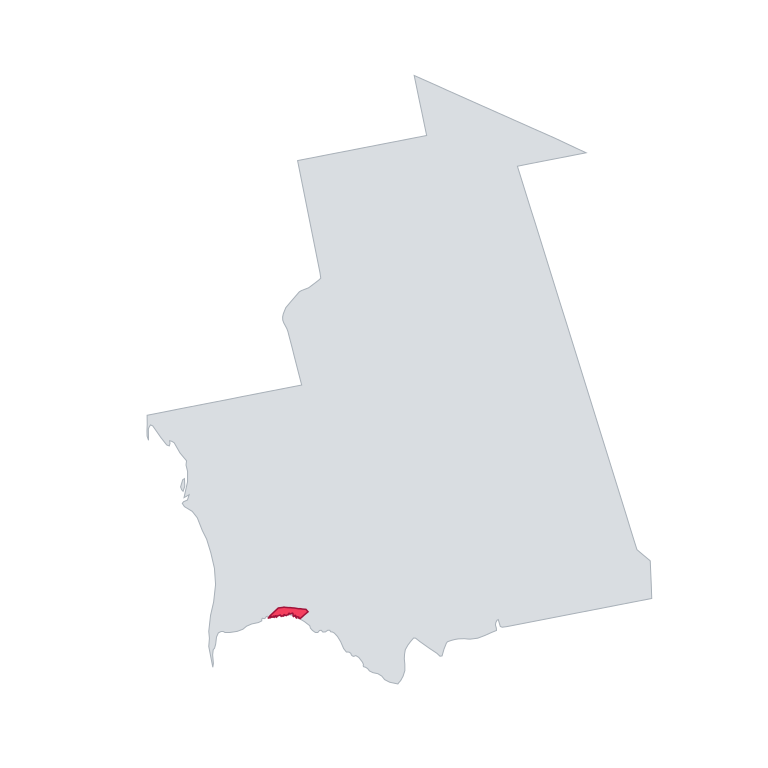 location of Boghe, Brakna, Mauritania, rotated 349°
{"feature_id": "47542326B52802302132146", "entity_name": "Boghe", "entity_type": "district", "adm_level": 2, "iso_a3": "MRT", "parent_name": "Mauritania", "parent_adm1": "Brakna", "projection": "natural_earth1", "projection_center": [-14.531, 16.65], "detail": "fine", "context": "in_parent", "style": "filled", "palette": "rose", "viewbox_px": 768, "rotation_deg": 349, "n_neighbors": 0, "source": "geoboundaries", "source_scale": "gbopen_adm2", "svg_char_len": 5463}
<svg xmlns="http://www.w3.org/2000/svg" viewBox="0 0 768 768"><g transform="rotate(349 384 384)"><path d="M333.3,678.1L332.5,677.7L328.2,674.3L326.1,670.3L322.7,667.2L318.0,665.2L315.0,662.9L313.6,660.2L311.8,658.5L310.0,657.6L309.8,656.7L310.3,655.4L309.8,653.0L307.1,647.6L304.5,645.2L302.3,645.6L301.1,644.9L300.3,643.8L300.0,642.0L298.5,640.5L295.9,639.9L293.9,636.0L292.3,628.7L290.2,623.0L287.7,619.0L285.9,617.5L284.6,617.2L284.2,616.6L283.8,615.4L281.8,615.0L279.1,616.2L276.6,615.8L275.4,613.8L273.7,613.6L271.6,615.3L269.2,614.8L266.7,612.2L265.2,609.6L265.0,607.1L260.5,602.0L251.9,594.3L242.5,590.8L232.3,591.2L226.6,590.9L225.3,589.7L224.1,589.8L222.8,591.2L221.5,591.5L220.1,590.7L219.2,591.3L218.8,593.2L215.2,594.2L208.4,594.3L202.9,595.5L198.7,597.8L192.8,598.8L185.1,598.5L180.5,597.6L178.9,596.2L176.7,595.9L173.9,596.7L171.3,600.4L169.1,607.3L167.2,611.1L165.7,612.1L164.1,617.2L163.2,625.7L161.9,629.4L161.9,608.2L164.1,600.3L164.8,593.3L169.6,578.0L175.2,565.4L180.4,548.7L182.4,532.5L181.8,516.6L180.3,502.5L177.7,493.2L175.2,479.7L171.5,472.5L164.7,466.3L163.2,462.7L164.8,461.3L168.9,460.4L171.6,455.5L166.0,457.4L172.5,442.5L174.5,432.4L174.2,425.8L175.5,421.7L170.6,412.8L166.8,401.6L164.8,399.8L162.7,398.8L162.6,401.5L161.4,403.8L159.1,402.4L154.9,394.3L149.0,381.0L147.0,379.6L145.2,381.5L144.1,383.2L142.1,394.3L141.5,389.9L142.4,384.7L143.9,378.3L145.5,369.5L150.7,369.5L159.8,369.5L178.1,369.4L187.2,369.4L205.5,369.4L214.7,369.4L232.9,369.4L242.1,369.3L260.4,369.3L269.5,369.3L287.8,369.3L297.0,369.3L303.0,369.3L302.6,363.0L302.3,358.0L301.9,351.3L301.5,344.6L301.1,337.9L300.8,331.6L300.4,325.3L300.0,319.5L299.7,314.2L299.2,311.1L297.3,305.0L296.8,302.0L297.3,298.8L298.6,295.8L302.2,290.3L307.5,286.0L313.7,281.1L318.4,277.4L320.9,276.5L328.3,275.2L334.1,272.4L339.7,269.6L342.1,268.1L342.4,262.9L341.8,148.2L369.7,148.2L377.1,148.2L428.5,148.2L435.9,148.2L473.3,148.2L473.2,142.7L473.1,135.0L473.0,124.3L472.8,113.6L472.6,94.8L472.5,86.9L479.9,92.1L494.9,102.6L502.3,107.9L517.3,118.4L532.3,128.9L547.3,139.4L554.8,144.6L562.3,149.9L569.8,155.1L577.3,160.4L592.4,170.9L598.7,175.3L608.4,182.4L617.4,189.0L626.5,195.6L612.7,195.6L594.2,195.6L581.5,195.6L568.6,195.6L556.5,195.7L557.7,206.5L559.0,218.3L560.3,230.1L561.6,241.9L563.0,253.6L566.9,289.0L568.2,300.8L569.5,312.6L570.8,324.4L572.1,336.2L574.8,359.8L576.1,371.6L577.4,383.3L578.7,395.1L580.0,406.9L581.3,418.7L583.9,442.2L585.2,454.0L586.5,465.8L587.8,477.6L589.1,489.3L590.4,501.1L591.7,512.9L593.0,524.7L595.6,548.2L596.9,560.0L598.1,571.7L599.4,583.5L600.7,594.9L605.5,600.9L611.6,608.4L610.0,619.0L608.1,631.7L605.9,645.6L589.2,645.6L572.8,645.6L531.7,645.6L523.5,645.6L482.4,645.6L474.2,645.6L458.3,645.6L453.6,645.3L451.9,644.2L451.2,637.0L449.8,637.5L448.2,639.6L447.4,641.9L447.7,644.9L447.4,647.4L442.2,648.4L435.0,650.1L427.5,651.4L419.9,650.9L417.4,650.3L414.6,649.4L408.6,648.4L405.3,648.3L401.5,648.5L397.1,649.1L395.7,650.4L392.3,655.7L389.1,662.0L387.0,661.9L384.6,658.5L378.1,652.1L370.1,643.7L366.5,639.5L364.6,639.0L360.8,642.0L357.6,644.9L354.2,648.9L352.7,652.9L351.5,657.5L351.0,662.9L349.8,669.3L347.0,674.4L343.8,678.3L341.4,680.1L340.4,681.1L333.3,678.1ZM168.9,446.4L166.3,451.0L165.2,449.2L164.7,446.2L167.0,441.8L168.1,439.6L170.1,438.8L168.9,446.4Z" fill="#d9dde1" stroke="#a8b0b8" stroke-width="1"/><path d="M237.5,583.7L234.6,585.5L227.8,589.8L227.6,590.1L227.2,590.4L227.1,590.8L226.8,590.8L226.5,591.1L226.4,591.4L225.9,591.6L226.1,591.8L226.3,591.8L226.7,591.6L226.9,591.3L227.1,591.2L227.3,591.5L227.6,591.8L227.8,591.8L228.2,591.4L228.3,590.6L228.5,590.5L228.8,590.5L229.0,590.8L229.2,591.3L229.4,591.6L229.8,591.5L230.1,591.5L230.4,591.6L230.8,591.7L230.9,591.1L231.1,590.8L231.3,590.8L231.5,591.0L231.8,591.5L232.0,591.7L232.2,592.0L232.5,591.6L232.7,591.1L233.0,590.8L233.3,590.8L233.7,591.2L233.8,591.5L233.7,591.8L233.7,592.0L233.9,592.2L234.1,592.4L234.3,592.1L234.4,591.8L234.7,591.7L234.7,591.3L234.8,591.2L235.0,591.4L235.5,591.5L235.7,591.4L236.0,591.3L236.3,591.2L236.5,591.2L236.8,591.2L237.1,591.2L237.5,591.1L237.8,591.0L238.1,591.0L238.3,591.6L238.6,592.2L238.8,592.0L239.5,592.2L239.5,592.3L239.6,592.5L239.8,592.4L240.1,592.3L240.7,592.3L240.9,592.2L241.2,592.3L241.3,592.4L241.3,592.5L241.6,592.4L241.7,592.1L241.8,591.5L241.9,591.3L242.0,591.3L242.3,591.5L242.5,591.8L242.7,592.0L242.9,592.1L243.3,592.3L243.8,592.7L244.0,592.7L244.3,592.5L244.5,592.4L244.8,592.2L245.2,592.2L245.4,592.2L245.7,592.3L245.9,592.3L246.0,592.2L246.3,591.5L246.5,591.3L246.9,591.0L247.1,590.9L247.2,591.0L247.3,591.3L247.4,591.7L247.5,591.8L247.9,591.9L248.1,591.8L248.6,591.7L248.8,591.7L249.0,591.8L249.6,591.7L250.1,591.4L250.4,591.5L250.7,591.7L250.8,592.0L250.7,592.6L250.7,592.9L250.8,593.2L250.7,593.6L250.6,594.0L250.5,594.4L250.8,595.0L251.3,594.8L251.5,594.8L251.7,594.7L252.1,594.4L252.4,594.1L252.8,594.2L252.9,594.4L253.1,594.5L253.1,594.8L253.0,595.1L252.9,595.2L252.8,595.4L252.9,596.1L253.1,596.3L253.2,596.5L253.3,596.9L253.5,597.0L253.5,596.6L253.8,596.0L254.0,595.9L254.7,596.0L255.0,596.1L255.4,596.4L255.6,596.5L255.9,596.7L255.8,597.1L255.7,597.3L255.9,597.7L256.0,597.9L256.3,597.9L256.5,598.0L256.8,598.2L257.0,598.3L257.4,598.0L259.7,596.7L261.1,595.8L264.9,593.7L266.0,593.1L264.4,590.3L261.1,589.4L259.0,588.6L257.3,588.3L254.4,587.2L253.0,586.7L251.0,586.2L249.6,585.7L247.2,585.2L245.9,584.8L244.7,584.5L243.2,583.9L242.3,584.0L237.5,583.7Z" fill="#f43f5e" stroke="#9f1239" stroke-width="1.5"/></g></svg>